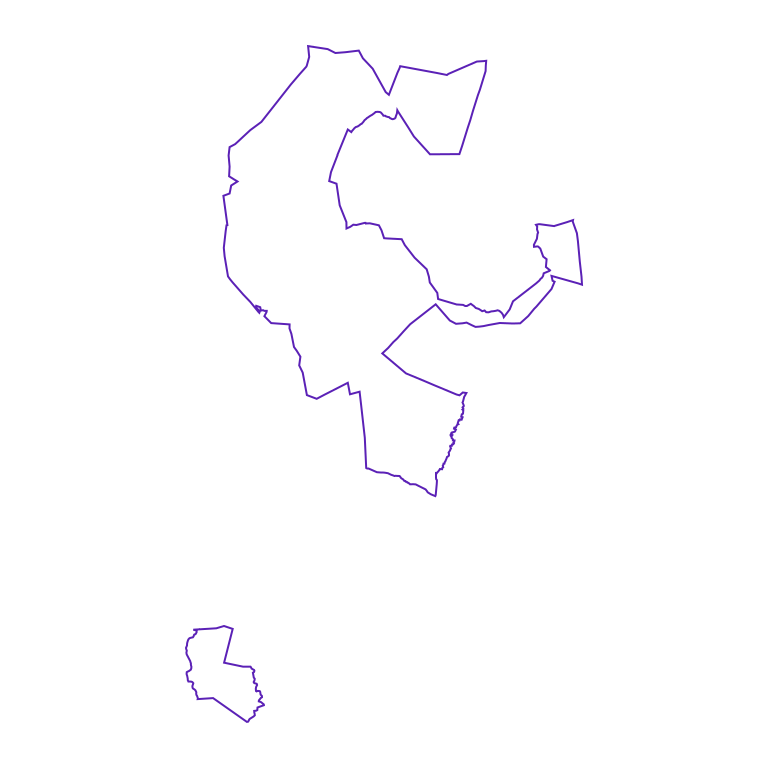 outline of Asunción Nochixtlán, Oaxaca, Mexico
{"feature_id": "50627088B53050207097462", "entity_name": "Asunción Nochixtlán", "entity_type": "district", "adm_level": 2, "iso_a3": "MEX", "parent_name": "Mexico", "parent_adm1": "Oaxaca", "projection": "natural_earth1", "projection_center": [-97.155, 17.382], "detail": "fine", "context": "isolated", "style": "outline", "palette": "violet", "viewbox_px": 768, "rotation_deg": 0, "n_neighbors": 0, "source": "geoboundaries", "source_scale": "gbopen_adm2", "svg_char_len": 6087}
<svg xmlns="http://www.w3.org/2000/svg" viewBox="0 0 768 768"><path d="M486.2,60.8L483.8,61.1L477.5,61.5L476.7,61.6L448.4,73.9L446.9,75.0L437.0,73.0L400.2,66.2L399.6,68.0L397.5,72.6L388.9,94.8L385.7,92.1L372.7,68.7L362.9,58.3L358.8,50.6L345.5,52.2L335.4,53.0L327.7,49.1L308.1,46.1L309.2,56.9L306.8,65.6L306.3,66.7L299.7,74.1L290.9,84.4L261.4,121.9L250.3,130.1L235.2,144.1L229.6,147.1L228.6,155.5L229.6,166.6L229.1,176.3L234.2,179.5L236.9,181.1L237.5,181.5L231.2,185.5L229.6,193.5L223.4,195.8L227.4,225.1L226.5,225.3L225.7,230.9L223.8,247.8L224.6,256.2L228.0,276.4L230.0,279.2L232.6,282.4L243.3,294.6L250.3,301.9L258.5,312.0L259.3,312.8L259.8,311.4L255.8,307.2L256.2,305.8L260.2,307.2L260.9,310.6L263.1,310.2L264.4,310.9L266.7,310.9L266.6,311.9L264.4,316.2L271.2,323.1L289.6,324.4L289.5,328.4L291.4,333.9L294.0,347.0L296.8,350.9L300.4,356.7L299.2,365.4L302.7,372.6L306.9,395.1L316.7,398.8L324.1,394.9L347.8,382.8L350.0,394.3L359.6,391.7L359.8,393.5L361.1,404.8L364.8,437.8L366.2,468.0L366.8,468.4L367.9,468.6L368.5,468.5L376.9,472.2L380.6,472.5L382.7,472.5L384.9,472.7L387.9,473.2L391.2,474.8L393.6,475.6L394.4,476.0L395.5,475.8L397.0,475.9L399.4,476.0L399.7,476.1L399.9,476.5L400.4,477.0L400.7,477.6L401.4,478.3L402.2,478.8L402.7,479.2L403.2,479.4L404.3,480.9L405.4,481.0L405.7,481.7L407.0,482.0L407.5,482.7L408.4,482.8L409.6,483.9L410.1,484.1L410.2,484.3L413.2,484.2L415.7,484.4L418.6,485.9L425.6,489.4L426.8,490.9L427.7,492.3L430.9,494.3L435.3,496.1L435.7,495.1L436.7,484.5L436.9,481.6L436.9,480.1L436.2,479.2L436.0,477.8L436.0,473.1L436.7,473.3L437.4,472.2L438.2,471.6L438.9,470.5L439.4,470.1L439.9,469.0L442.1,469.2L442.4,467.7L443.2,467.3L443.1,466.8L442.8,465.5L443.2,465.1L443.5,463.7L444.4,463.7L444.8,462.0L445.3,461.5L445.6,460.6L446.5,458.6L447.0,457.0L447.9,456.5L448.9,455.6L449.0,453.9L448.6,452.6L450.1,450.4L450.2,450.0L450.3,449.3L451.0,448.6L450.1,446.2L450.3,445.8L451.8,445.8L452.0,444.7L452.1,444.4L453.3,444.3L453.9,443.4L453.4,442.8L454.2,441.9L454.5,440.5L452.9,440.4L453.0,439.4L451.6,437.9L451.6,437.1L450.9,436.0L451.9,435.8L452.4,435.1L450.8,434.3L451.1,433.8L451.7,433.4L451.5,432.8L452.2,432.3L453.4,432.2L455.0,431.5L455.9,429.6L454.0,428.7L454.3,427.6L456.0,427.3L456.5,426.0L457.3,424.7L458.4,424.2L457.7,423.3L458.7,420.2L459.6,420.4L460.1,419.3L461.6,419.7L462.6,417.2L461.2,416.7L461.8,414.3L462.5,414.2L463.0,413.5L463.3,410.3L462.6,409.7L463.2,409.4L463.4,408.9L462.5,407.5L462.7,407.1L463.5,406.6L463.8,405.9L463.7,405.2L463.4,404.7L463.1,403.7L462.5,402.5L463.0,401.5L464.2,396.8L465.0,395.5L466.4,393.0L462.8,392.5L461.2,393.9L459.5,395.3L456.5,394.5L440.0,387.6L434.9,385.5L424.1,380.9L406.0,373.4L382.3,353.4L388.1,348.0L393.3,342.1L397.2,338.5L403.8,331.1L410.2,324.2L435.7,304.3L449.8,320.5L456.0,323.8L462.4,323.3L466.6,322.6L471.8,325.2L475.5,326.9L479.5,326.6L483.5,326.1L488.7,325.0L499.8,323.0L512.8,323.5L520.2,323.3L528.2,316.1L534.2,308.8L536.4,306.6L551.5,289.0L554.6,281.7L552.6,280.8L551.5,275.9L578.2,283.4L582.0,284.7L581.5,276.6L579.8,261.6L578.3,245.3L577.9,241.0L576.9,233.2L573.6,224.0L572.7,221.4L573.0,220.1L567.1,222.1L554.6,225.9L554.2,226.1L539.8,224.2L538.8,224.2L536.0,224.8L537.2,226.6L537.0,229.3L538.1,232.6L537.5,234.0L536.9,238.8L533.9,244.8L534.0,246.8L537.3,246.4L538.2,246.6L540.3,248.6L543.2,256.6L546.6,259.2L545.9,267.0L550.0,270.3L549.5,270.9L543.7,273.3L543.1,275.9L542.0,277.7L540.6,278.8L539.4,280.5L536.1,283.4L513.0,301.3L509.7,309.4L503.8,317.2L503.0,314.8L501.6,312.8L499.4,310.9L497.6,310.3L495.8,310.8L493.4,311.2L491.3,311.4L488.6,312.3L486.2,312.2L484.6,310.5L482.2,311.2L480.6,310.1L478.7,308.9L475.8,308.0L473.9,306.1L472.1,304.8L470.8,303.8L466.9,306.0L465.2,306.0L463.1,304.9L458.9,304.6L456.7,304.5L438.1,299.0L437.3,292.9L429.8,282.5L428.9,276.7L426.7,269.3L414.6,257.7L404.8,245.1L401.7,239.2L386.3,238.4L384.1,238.2L381.5,230.3L378.9,225.3L369.8,223.3L365.8,223.5L365.6,222.9L364.6,222.9L356.4,225.0L353.3,224.7L350.3,226.8L346.5,228.5L346.4,222.1L339.7,205.3L336.5,183.7L329.2,181.1L331.0,172.1L337.5,155.2L337.4,155.0L347.8,129.5L351.3,132.1L352.0,131.0L353.6,129.2L354.2,128.4L355.7,127.1L357.8,126.4L358.4,125.9L359.3,125.4L360.5,124.3L361.8,123.7L362.5,122.8L363.2,122.1L364.6,120.1L365.8,119.2L367.0,118.0L368.2,117.3L368.7,116.9L370.5,115.7L372.0,114.9L374.4,113.1L375.6,112.0L377.7,111.8L379.8,112.0L381.0,112.6L382.9,114.8L383.4,115.7L385.4,115.8L385.8,116.3L387.9,117.0L389.0,117.1L390.1,118.2L390.8,118.4L391.5,118.9L392.8,119.2L394.6,118.6L395.5,117.7L395.7,116.8L395.9,116.1L396.9,113.5L397.3,110.2L397.9,111.3L408.3,127.5L413.9,136.5L430.0,154.3L459.4,154.1L462.1,146.0L467.8,127.6L470.2,120.4L472.9,111.1L477.9,95.2L479.9,89.7L485.6,71.1L485.8,65.6L486.2,60.8ZM246.9,721.9L248.2,721.6L249.1,719.8L249.6,719.0L253.7,716.4L254.8,715.3L254.6,713.5L254.3,712.5L254.2,710.9L256.1,710.7L257.3,710.1L257.5,707.5L263.9,705.2L263.8,704.4L261.0,702.1L258.8,701.4L258.9,700.4L260.8,698.0L262.0,697.2L261.9,695.9L260.6,694.6L260.2,691.9L259.7,691.1L257.7,690.9L256.6,691.4L256.0,691.0L255.8,688.7L256.1,687.0L257.1,685.0L256.7,683.8L254.3,683.1L253.7,682.2L253.8,681.6L254.3,680.9L254.6,679.8L254.7,678.7L253.8,677.6L252.9,672.7L254.0,672.0L254.4,670.8L254.1,670.0L251.6,668.6L251.1,667.5L250.5,666.7L243.2,666.7L224.1,662.7L232.7,628.9L224.0,626.0L216.3,628.3L193.3,629.7L195.6,630.3L196.5,630.0L197.2,629.8L196.8,630.3L196.6,630.8L196.6,632.2L195.8,633.8L195.3,634.3L194.5,634.4L194.0,635.0L193.6,636.3L192.9,637.3L190.7,637.8L189.5,638.2L188.4,639.4L187.9,640.6L187.4,642.2L187.1,643.4L187.0,645.5L186.0,647.9L186.2,649.0L186.8,650.7L186.4,652.7L186.7,654.4L190.2,661.1L190.5,662.3L190.9,663.3L190.9,664.7L191.1,665.7L191.4,666.7L191.3,668.3L190.8,669.7L189.0,671.0L187.9,671.5L186.8,672.1L186.6,673.3L186.7,674.6L187.1,675.5L187.7,678.5L187.8,680.2L188.4,681.5L189.2,681.5L189.7,681.5L190.6,681.6L191.5,681.7L192.4,682.1L193.3,683.2L193.0,684.4L192.5,685.6L192.4,686.4L192.5,687.3L192.8,688.3L193.5,688.9L194.3,689.3L195.4,690.3L196.3,692.2L196.2,693.9L196.5,695.1L197.1,696.0L197.9,698.4L197.7,699.1L213.1,698.1L246.9,721.9Z" fill="none" stroke="#5b21b6" stroke-width="2"/></svg>